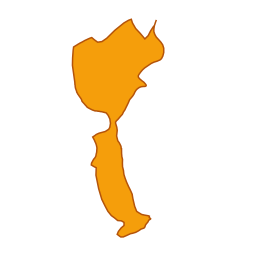 Monchy/Careffe, Gros Islet, Saint Lucia (Albers equal-area conic projection), rotated 82°
{"feature_id": "8701671B75171816704867", "entity_name": "Monchy/Careffe", "entity_type": "district", "adm_level": 2, "iso_a3": "LCA", "parent_name": "Saint Lucia", "parent_adm1": "Gros Islet", "projection": "albers", "projection_center": [-60.95, 14.06], "detail": "fine", "context": "isolated", "style": "filled", "palette": "amber", "viewbox_px": 256, "rotation_deg": 82, "n_neighbors": 0, "source": "geoboundaries", "source_scale": "gbopen_adm2", "svg_char_len": 2997}
<svg xmlns="http://www.w3.org/2000/svg" viewBox="0 0 256 256"><g transform="rotate(82 128 128)"><path d="M126.6,147.3L128.3,151.0L129.1,157.4L130.0,160.4L130.8,161.7L132.0,164.2L134.2,163.4L134.9,163.1L136.8,162.6L138.8,162.0L140.6,161.7L141.9,161.6L143.6,161.5L144.2,161.7L145.3,161.9L146.7,162.2L147.9,162.5L149.3,163.1L150.6,163.5L151.6,163.9L152.9,164.9L154.1,166.3L155.4,167.3L156.5,168.1L157.7,169.0L159.5,169.5L160.2,168.6L161.0,167.7L161.6,166.9L162.0,166.4L162.3,165.9L162.6,165.4L162.9,165.0L170.3,166.3L184.0,165.5L194.9,163.9L202.2,161.5L207.7,159.5L212.4,156.7L215.1,153.9L218.2,151.1L219.0,147.5L220.9,145.1L221.1,145.1L224.0,145.5L226.0,148.7L229.1,151.9L231.8,153.5L234.1,151.2L234.9,150.3L235.2,147.8L234.3,144.5L233.7,142.5L233.0,140.2L232.9,138.2L232.4,134.9L231.3,131.9L229.9,129.1L229.4,126.3L228.8,125.4L227.8,124.8L226.4,124.1L225.2,122.9L224.0,121.5L222.2,120.3L221.4,118.5L221.1,118.2L220.7,118.4L219.5,119.4L218.3,119.1L217.7,120.2L216.6,123.6L215.5,126.5L213.6,128.9L211.8,131.0L206.5,132.3L203.2,132.6L198.6,133.0L194.1,133.1L189.6,134.4L186.1,135.6L181.2,137.0L177.1,137.9L173.5,138.5L171.6,138.5L169.5,138.4L165.6,138.8L161.9,138.4L158.3,137.8L155.2,138.1L154.4,138.0L152.3,137.9L147.6,137.3L147.5,137.6L145.8,137.5L145.5,137.5L144.4,137.7L142.4,138.4L141.5,138.7L139.2,139.9L134.3,140.4L128.8,139.0L125.7,139.0L121.8,139.6L120.4,139.5L119.4,138.6L118.0,136.7L116.4,134.9L115.0,133.3L113.7,131.7L111.4,130.2L109.8,128.7L107.1,126.9L105.5,125.8L103.1,124.2L100.1,122.4L98.9,121.0L98.0,120.0L97.1,119.0L95.4,117.5L93.4,116.2L91.7,114.8L90.6,113.4L89.6,111.6L89.0,109.6L89.0,107.4L89.2,105.2L89.0,104.5L88.5,104.1L87.9,104.1L86.9,104.6L84.9,105.9L83.1,107.7L80.7,109.8L79.2,110.6L78.9,110.7L78.2,110.6L77.6,110.5L76.5,109.7L74.6,107.9L72.5,105.6L70.8,103.1L69.1,99.7L67.3,96.0L66.4,93.1L65.9,89.9L65.0,86.7L64.0,85.2L61.6,83.5L58.2,82.1L53.9,81.5L50.4,82.1L47.6,83.5L45.3,85.0L41.8,87.4L38.9,88.5L36.0,89.0L33.5,88.6L30.5,87.7L30.1,87.5L31.3,88.9L35.1,92.2L39.4,95.2L42.1,98.9L40.8,99.7L35.9,102.8L30.5,106.6L24.5,109.0L20.8,109.6L21.4,112.5L23.4,117.4L29.4,127.4L36.2,136.6L38.8,141.8L38.8,146.1L35.9,149.1L33.4,151.3L33.7,153.0L34.0,154.1L34.2,154.9L34.6,156.1L35.0,157.5L35.4,158.8L36.0,160.2L36.7,162.1L37.2,163.7L37.7,164.8L38.1,165.8L38.3,166.4L38.8,167.3L39.1,168.1L39.5,169.0L40.0,170.1L40.2,170.6L43.5,171.5L50.9,173.1L58.2,174.3L67.6,174.3L73.8,174.3L75.0,174.3L76.6,174.4L77.5,174.5L78.4,174.4L79.6,174.5L80.6,174.5L81.7,174.4L82.5,174.2L83.6,174.0L84.5,173.8L85.3,173.8L86.1,173.4L86.9,173.2L87.6,172.9L88.3,172.5L90.0,171.7L91.5,170.9L92.4,170.5L93.3,170.1L95.2,169.8L98.0,167.9L99.3,167.1L100.2,166.4L101.2,165.9L101.9,165.3L102.7,164.3L103.8,162.8L105.3,160.6L105.7,159.7L106.2,158.9L106.5,158.1L106.7,156.9L106.9,156.2L107.2,155.4L107.4,154.4L108.0,152.8L108.2,151.8L110.0,147.5L112.7,145.9L116.6,144.7L120.9,144.7L124.8,145.9L126.6,147.3ZM24.9,84.9L27.6,86.3L30.1,87.5L27.2,86.1L24.9,84.9Z" fill="#f59e0b" stroke="#b45309" stroke-width="1.5"/></g></svg>